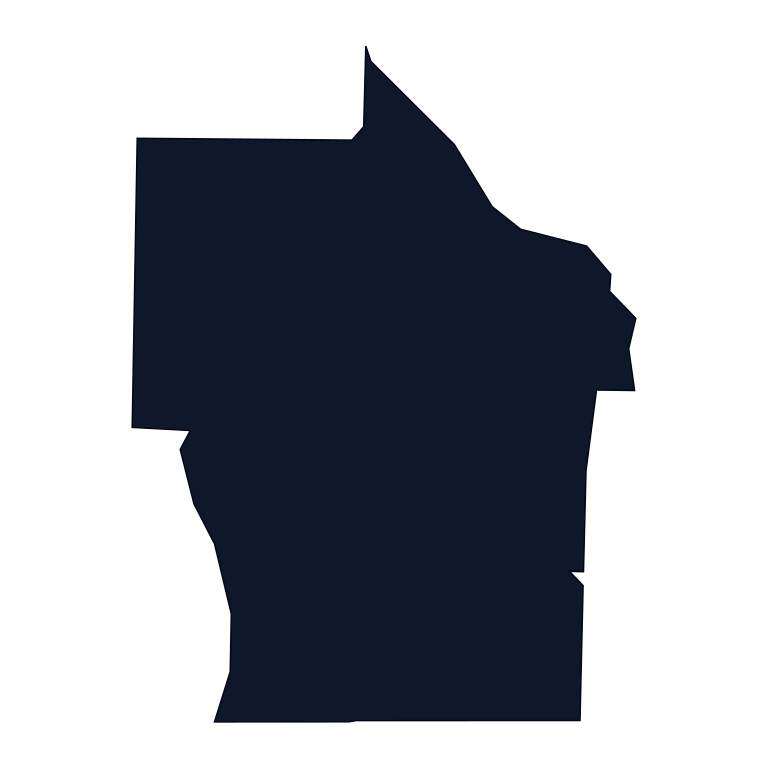 Terrell, Georgia, United States of America
{"feature_id": "52423323B62158301450735", "entity_name": "Terrell", "entity_type": "district", "adm_level": 2, "iso_a3": "USA", "parent_name": "United States of America", "parent_adm1": "Georgia", "projection": "equal_earth", "projection_center": [-84.412, 31.794], "detail": "fine", "context": "isolated", "style": "filled", "palette": "ink", "viewbox_px": 768, "rotation_deg": 0, "n_neighbors": 0, "source": "geoboundaries", "source_scale": "gbopen_adm2", "svg_char_len": 502}
<svg xmlns="http://www.w3.org/2000/svg" viewBox="0 0 768 768"><path d="M214.5,721.9L349.0,721.8L356.1,720.6L580.0,720.5L583.1,585.6L569.5,571.4L583.5,571.7L586.0,470.8L596.5,390.0L634.6,390.5L628.7,348.6L635.8,318.4L609.6,291.3L610.8,274.4L586.7,246.1L520.5,229.2L492.1,206.6L454.4,144.6L370.9,61.4L365.8,46.1L363.7,126.7L351.9,140.1L137.2,138.3L132.2,427.4L190.3,430.5L180.2,449.5L194.0,504.0L214.5,543.7L231.3,613.9L230.2,671.7L214.5,721.9Z" fill="#0f172a" stroke="#020617" stroke-width="1.5"/></svg>